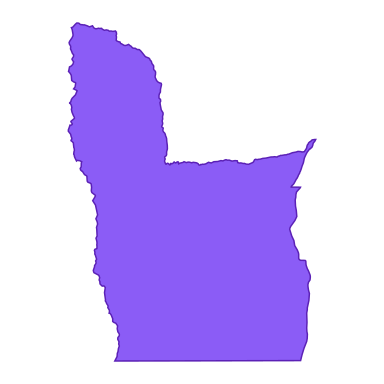 Zonda, San Juan, Argentina (Robinson projection)
{"feature_id": "61730980B79956801813082", "entity_name": "Zonda", "entity_type": "district", "adm_level": 2, "iso_a3": "ARG", "parent_name": "Argentina", "parent_adm1": "San Juan", "projection": "robinson", "projection_center": [-68.949, -31.574], "detail": "fine", "context": "isolated", "style": "filled", "palette": "violet", "viewbox_px": 384, "rotation_deg": 0, "n_neighbors": 0, "source": "geoboundaries", "source_scale": "gbopen_adm2", "svg_char_len": 5811}
<svg xmlns="http://www.w3.org/2000/svg" viewBox="0 0 384 384"><path d="M296.8,216.5L296.3,210.5L295.5,206.1L295.2,200.0L295.8,197.2L295.9,194.7L296.5,192.0L300.3,187.7L300.5,187.2L291.2,187.1L291.2,186.8L291.6,186.0L293.5,184.2L294.2,183.1L296.4,179.0L296.9,178.5L298.1,176.1L298.5,175.0L299.6,173.2L299.8,172.2L300.3,171.4L301.3,168.7L302.0,166.3L303.4,162.7L303.6,161.6L303.8,160.9L304.0,159.6L304.5,157.7L306.1,154.2L307.1,152.3L309.6,149.0L310.4,148.8L310.7,148.3L311.6,147.6L312.1,147.0L312.7,145.5L313.2,143.2L314.9,141.1L315.7,139.5L314.6,139.5L312.1,139.9L310.5,141.5L309.8,141.8L308.6,142.9L308.1,144.1L307.6,144.6L307.2,145.4L306.5,148.3L304.3,151.7L302.0,152.0L300.8,151.6L297.9,151.4L296.3,152.0L292.4,152.7L288.9,154.1L287.5,154.3L286.4,154.8L284.6,154.9L281.8,155.4L280.5,155.4L279.4,156.0L278.2,156.2L277.7,156.7L276.9,157.0L274.4,156.7L273.4,156.9L270.8,157.0L265.9,158.1L262.7,158.4L260.1,159.2L259.1,159.2L257.2,159.6L255.5,159.3L254.6,159.7L253.5,161.8L252.8,162.5L248.6,164.3L246.2,164.1L244.4,163.4L243.2,163.5L240.8,162.9L239.8,163.1L238.5,162.8L237.7,162.6L237.5,161.4L237.3,160.8L235.0,160.6L232.0,161.1L229.2,160.1L227.5,160.2L226.0,159.7L224.9,160.0L222.9,160.9L220.9,160.6L217.8,161.5L213.9,161.7L211.4,162.9L210.9,162.9L208.5,162.3L205.7,163.9L203.8,164.3L202.3,164.2L201.4,164.6L200.6,164.5L199.9,165.1L199.2,165.1L198.8,164.8L198.2,163.8L197.2,163.1L196.0,162.7L193.2,162.3L191.7,162.8L189.6,162.2L188.1,162.1L186.3,162.6L184.0,161.7L183.1,162.4L180.1,163.1L178.6,163.9L178.4,163.4L178.5,162.4L178.3,162.0L177.9,161.8L176.9,162.1L176.0,162.8L175.3,162.9L174.8,162.6L174.2,162.0L173.8,162.2L172.9,163.4L171.9,163.7L170.8,163.4L170.6,163.6L170.5,164.5L170.0,164.8L169.6,164.8L168.5,163.6L167.7,163.3L167.2,163.3L166.2,164.2L165.9,164.2L165.5,163.7L164.6,161.5L164.7,160.2L165.2,159.0L164.7,157.9L164.7,156.9L166.2,155.7L166.6,154.8L166.6,151.8L167.4,148.9L167.3,145.4L166.8,141.6L166.6,138.6L166.2,137.1L165.7,136.2L165.3,134.4L165.0,133.7L164.6,133.0L163.5,131.9L162.9,130.6L162.8,130.0L163.2,128.6L163.1,127.9L161.9,127.0L161.7,126.3L162.5,124.5L162.7,123.2L162.3,121.7L162.2,120.7L162.7,119.0L162.5,116.7L163.1,114.2L163.0,112.8L162.7,112.2L162.3,111.7L161.2,109.7L160.2,104.3L160.1,103.4L159.9,102.8L160.6,101.5L160.6,100.1L160.4,99.3L159.1,98.2L159.0,97.7L159.0,95.4L159.4,93.8L160.4,92.1L160.5,89.2L161.5,84.7L161.4,84.1L161.2,83.4L161.0,83.2L159.7,82.9L158.2,82.2L156.7,80.7L155.2,77.5L155.1,76.2L155.5,74.5L155.6,72.4L155.5,71.8L154.7,70.5L153.9,69.8L153.6,69.2L153.7,66.0L152.9,64.7L151.9,63.5L151.5,61.8L150.8,60.6L150.2,60.2L149.8,59.1L148.9,58.1L145.4,56.7L141.0,51.2L139.3,49.6L137.2,49.5L135.1,48.2L133.9,48.3L132.9,48.0L132.2,47.6L131.3,46.4L130.0,45.6L128.6,44.4L126.7,45.2L125.3,45.5L124.0,45.3L121.4,43.7L120.6,43.5L120.0,42.0L118.4,41.7L116.6,40.8L116.2,40.3L116.5,36.9L116.1,35.6L116.6,33.9L116.3,32.9L116.4,32.1L115.8,31.7L115.5,31.0L112.8,31.4L111.0,31.0L109.4,31.2L108.2,30.3L106.2,29.9L104.4,30.3L102.2,29.1L101.7,28.4L101.3,28.3L99.6,28.5L98.7,28.2L96.1,28.8L95.5,28.7L94.7,28.4L93.8,27.8L92.5,25.8L89.6,26.8L88.9,26.6L87.2,25.8L84.6,24.9L83.3,24.9L81.8,24.6L81.6,24.7L80.7,24.6L80.2,24.4L79.0,23.3L78.3,23.1L76.8,23.0L75.4,24.2L73.0,26.9L72.2,27.4L71.4,27.6L72.2,29.7L73.0,34.3L73.0,35.7L72.1,37.7L69.7,41.2L69.1,42.6L69.4,44.1L70.6,46.1L70.7,47.0L70.5,48.6L70.6,49.2L71.2,50.3L72.4,53.4L72.7,53.9L73.5,54.5L73.6,55.7L73.4,56.9L72.2,58.5L72.0,59.3L72.9,60.9L73.5,61.5L73.6,61.9L73.0,64.0L71.8,65.5L71.1,66.1L69.5,66.9L68.8,70.5L68.5,71.4L70.2,73.4L70.9,74.6L71.3,75.7L71.7,80.5L73.6,81.9L75.4,82.6L75.7,83.0L75.1,86.9L73.6,88.9L75.8,89.9L77.1,90.8L75.5,94.8L72.1,98.3L71.2,100.0L70.8,101.8L69.8,102.6L69.6,103.0L69.7,103.3L70.3,103.5L71.2,104.9L71.5,106.0L71.8,107.7L71.4,109.3L72.0,112.2L73.4,115.6L74.2,117.0L74.4,117.7L74.4,118.4L70.9,121.4L71.0,121.9L72.3,123.8L72.1,124.5L70.8,125.3L70.0,125.1L68.9,128.4L68.4,129.6L68.3,131.2L70.6,134.2L71.2,136.6L71.8,138.2L71.7,139.3L71.1,140.1L71.0,140.7L72.0,141.4L73.3,142.8L73.8,147.4L74.2,148.5L74.4,150.3L74.0,151.6L73.7,154.1L74.2,155.1L74.5,156.8L75.3,158.6L76.5,161.0L77.2,160.4L79.7,160.7L81.7,161.7L81.3,163.1L81.2,166.8L80.2,168.4L80.6,170.0L81.9,171.2L82.4,171.3L84.5,174.6L86.4,175.7L86.9,176.2L87.2,181.1L87.7,182.0L88.1,182.3L90.4,183.2L91.2,184.0L91.6,187.4L91.3,190.6L91.5,191.6L91.9,192.6L95.2,195.2L95.4,195.9L94.5,197.7L92.7,200.7L95.5,205.1L97.6,214.9L95.9,218.8L97.2,221.8L97.6,224.1L96.5,227.4L96.8,229.8L97.1,236.0L96.0,238.2L96.9,241.6L97.0,243.3L96.8,245.1L97.0,245.8L96.9,248.3L96.8,248.6L94.9,249.3L94.4,250.3L94.9,252.2L94.8,254.1L95.2,254.7L96.6,259.2L95.6,261.0L96.0,261.9L96.0,263.2L95.5,264.2L94.6,265.5L94.5,266.9L93.3,270.4L93.6,271.8L94.0,272.7L98.5,275.1L98.9,275.5L99.7,277.7L99.2,279.5L99.2,280.1L99.9,281.7L99.9,283.1L100.2,284.2L102.2,286.1L103.9,285.9L105.3,287.5L104.5,292.6L105.5,299.9L105.3,300.9L106.3,302.5L106.6,303.6L107.8,305.3L108.1,306.1L107.8,307.6L109.3,310.1L109.4,310.7L109.4,311.9L109.1,313.2L110.1,313.4L111.2,315.0L112.7,318.7L112.7,321.5L114.0,322.5L115.8,323.2L117.6,325.8L117.2,328.8L117.9,331.9L119.1,333.6L119.4,334.8L119.2,335.8L118.0,337.4L117.8,338.0L117.8,339.4L119.0,341.8L118.7,344.0L119.3,346.0L118.4,348.6L118.0,351.6L117.3,353.3L117.1,356.5L114.8,361.0L300.6,360.6L302.1,354.5L304.0,348.3L306.7,341.4L307.2,338.5L307.4,334.1L306.9,331.6L306.7,327.9L307.0,322.4L306.7,313.0L307.3,309.7L307.3,307.9L308.9,300.4L309.4,293.5L308.5,290.1L308.0,286.8L307.9,284.7L308.5,282.2L310.0,280.0L310.3,277.5L310.3,276.1L310.0,274.8L308.4,270.7L307.4,268.9L306.3,265.8L306.0,264.5L305.8,261.1L305.3,260.5L305.0,260.4L300.4,260.3L299.3,259.5L298.8,258.7L298.7,258.4L298.7,254.2L298.4,252.7L297.3,250.0L294.7,245.6L293.9,240.6L291.7,235.9L289.7,229.4L289.9,228.1L290.7,226.4L294.9,220.5L296.8,216.5Z" fill="#8b5cf6" stroke="#5b21b6" stroke-width="1.5"/></svg>